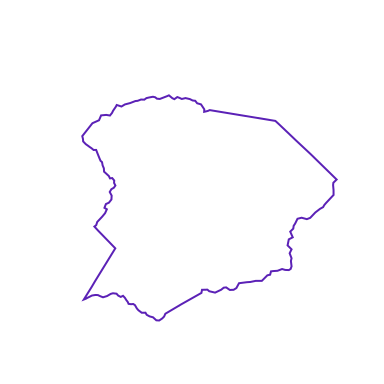 Flores, Pernambuco, Brazil (Albers equal-area conic projection), rotated 339°
{"feature_id": "56859067B79651247321593", "entity_name": "Flores", "entity_type": "district", "adm_level": 2, "iso_a3": "BRA", "parent_name": "Brazil", "parent_adm1": "Pernambuco", "projection": "albers", "projection_center": [-37.929, -7.925], "detail": "fine", "context": "isolated", "style": "outline", "palette": "violet", "viewbox_px": 384, "rotation_deg": 339, "n_neighbors": 0, "source": "geoboundaries", "source_scale": "gbopen_adm2", "svg_char_len": 2214}
<svg xmlns="http://www.w3.org/2000/svg" viewBox="0 0 384 384"><g transform="rotate(339 192 192)"><path d="M123.7,92.1L109.6,100.5L109.2,103.5L108.5,105.8L110.0,109.3L111.6,111.7L112.6,113.3L113.8,115.0L115.2,117.5L117.6,118.4L117.6,121.7L117.7,127.8L117.8,130.1L118.7,131.9L118.1,135.1L118.2,138.3L117.2,141.5L120.1,147.3L120.3,149.9L122.5,150.4L123.5,153.4L122.5,155.6L122.8,158.5L120.6,160.0L117.7,160.5L115.2,162.5L115.7,166.6L114.1,170.1L110.6,172.2L107.3,172.4L104.6,175.4L106.3,177.6L103.3,180.6L99.4,182.8L92.8,186.0L90.7,188.6L88.5,189.3L90.5,194.4L100.2,217.1L69.3,240.7L67.3,242.3L64.4,244.6L52.5,253.6L54.6,253.6L56.7,253.3L58.8,253.1L61.5,252.8L64.9,253.5L67.2,254.5L69.0,256.4L71.2,258.4L75.4,258.7L79.6,258.0L81.9,258.2L85.1,259.9L86.0,262.3L87.9,264.4L90.4,264.2L91.4,266.6L92.0,269.6L92.6,271.5L92.7,273.7L94.9,274.9L97.0,275.5L98.2,277.2L98.8,281.0L99.6,283.2L101.8,286.7L105.3,288.0L105.7,290.4L107.8,292.9L110.7,295.0L112.7,299.0L115.3,300.2L118.8,299.4L121.3,298.3L123.5,296.1L141.7,293.0L164.6,289.6L166.3,286.9L171.4,288.7L172.5,290.8L177.5,294.2L184.2,293.7L187.3,292.7L189.7,293.3L192.2,297.0L195.8,298.2L199.0,297.6L203.2,294.0L211.0,295.9L214.2,296.9L219.7,297.8L225.3,300.0L232.5,296.8L235.3,297.2L237.3,294.4L239.4,294.9L243.6,296.2L248.5,296.2L251.0,298.1L254.4,299.6L256.5,299.2L258.3,297.1L259.6,291.9L261.2,289.5L261.2,284.2L264.4,281.2L262.1,276.1L265.4,270.9L269.8,270.4L269.5,264.2L273.4,262.5L274.8,260.0L276.9,258.5L280.9,254.8L285.1,255.3L289.5,258.5L293.1,258.5L299.8,255.3L305.5,253.6L309.0,253.1L310.8,251.6L313.0,250.4L321.0,246.5L323.1,245.5L324.8,241.0L326.2,236.1L327.3,234.0L331.5,232.2L316.4,199.3L307.4,180.8L305.9,177.6L296.9,158.7L295.3,155.5L237.9,121.9L235.9,122.0L232.1,121.5L233.1,119.2L231.8,113.4L228.6,111.0L227.7,108.0L225.4,106.8L223.3,104.5L219.6,102.0L215.8,101.5L214.1,99.7L212.3,98.1L208.8,99.0L207.3,97.4L205.1,93.5L203.1,93.6L200.0,93.6L195.3,93.6L192.7,92.3L191.6,90.4L189.7,89.1L185.9,88.4L183.1,88.0L180.6,88.7L177.5,87.4L173.9,87.4L171.8,86.8L166.1,86.8L160.7,86.2L156.8,86.9L152.9,83.8L151.3,85.2L149.7,86.3L147.4,87.9L145.7,89.5L142.8,91.2L139.6,89.3L134.6,87.9L130.9,91.7L123.7,92.1Z" fill="none" stroke="#5b21b6" stroke-width="2"/></g></svg>